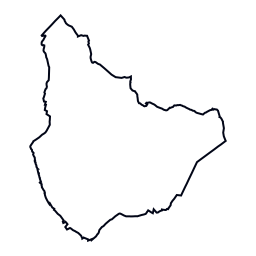 Naranjal, Veracruz, Mexico (Natural Earth projection)
{"feature_id": "50627088B92429931973873", "entity_name": "Naranjal", "entity_type": "district", "adm_level": 2, "iso_a3": "MEX", "parent_name": "Mexico", "parent_adm1": "Veracruz", "projection": "natural_earth1", "projection_center": [-96.958, 18.798], "detail": "fine", "context": "isolated", "style": "outline", "palette": "ink", "viewbox_px": 256, "rotation_deg": 0, "n_neighbors": 0, "source": "geoboundaries", "source_scale": "gbopen_adm2", "svg_char_len": 4698}
<svg xmlns="http://www.w3.org/2000/svg" viewBox="0 0 256 256"><path d="M218.0,110.7L216.8,109.5L215.5,109.4L214.6,109.1L213.5,109.6L212.6,108.6L212.4,108.7L212.3,108.8L212.1,109.3L212.1,109.5L212.0,109.8L210.0,110.2L207.6,111.5L207.3,111.6L206.2,112.4L205.1,112.7L203.5,114.0L203.0,114.5L202.5,114.4L201.7,114.2L200.6,113.9L199.2,113.5L198.5,113.3L197.3,113.0L196.8,112.8L195.6,112.2L195.3,111.9L194.6,111.1L194.2,110.9L192.8,110.7L191.8,110.1L191.5,109.9L190.0,109.6L189.1,109.0L188.6,108.8L186.7,107.9L185.6,107.3L184.6,106.6L183.7,106.4L182.6,106.0L182.3,105.7L180.7,105.2L180.1,104.9L178.8,105.1L178.1,105.2L177.6,105.1L177.0,105.2L176.3,105.5L174.3,105.4L173.2,106.6L172.9,107.0L171.7,107.3L170.0,108.0L169.7,107.8L167.3,110.1L166.1,110.4L163.7,109.7L162.6,109.0L162.0,108.6L160.5,108.1L157.1,106.8L155.3,105.3L154.4,104.6L151.2,103.1L150.5,102.6L149.4,102.4L147.6,102.8L146.5,102.7L145.9,103.5L147.2,104.4L146.3,105.9L144.8,106.2L144.4,106.3L143.8,106.0L143.1,105.4L141.6,104.7L140.2,103.4L139.0,103.2L138.0,101.2L137.9,100.7L137.6,97.8L137.4,96.8L137.3,95.8L137.3,94.8L136.6,93.5L135.5,92.2L135.2,91.4L132.5,90.5L130.6,88.3L130.4,86.8L130.2,84.5L130.3,82.5L130.5,82.4L130.3,81.3L130.7,80.2L131.0,79.2L130.9,77.8L130.9,76.5L129.1,77.4L126.8,77.7L126.3,77.7L124.6,77.0L121.9,77.8L121.6,77.9L116.0,77.2L115.7,77.2L111.5,74.6L108.6,72.0L104.4,68.3L99.9,64.5L98.3,64.0L97.2,63.3L97.1,63.2L96.0,62.4L95.6,62.1L95.2,62.0L94.8,61.9L94.3,61.9L93.7,62.4L93.1,62.8L92.7,62.7L92.4,62.7L91.8,62.0L91.4,60.9L91.0,59.6L90.6,58.1L90.6,56.7L91.2,54.1L90.2,49.4L89.7,47.8L88.1,44.7L88.9,43.5L88.4,41.7L88.5,41.2L89.0,40.7L87.6,37.2L87.1,35.8L84.6,35.6L83.6,35.9L81.1,35.2L77.9,36.5L77.9,35.6L76.5,33.8L75.5,32.4L73.8,29.4L71.8,26.7L68.9,25.5L67.6,24.7L66.0,23.3L65.4,22.1L64.6,20.7L64.4,19.6L60.6,15.4L58.5,17.6L55.2,20.9L51.9,24.5L50.0,26.5L46.3,30.3L44.2,32.6L42.3,34.8L41.7,35.4L42.1,36.0L43.7,35.7L45.0,35.5L45.5,36.0L44.9,37.1L44.2,38.2L43.5,39.7L42.5,40.9L41.7,42.2L41.6,43.5L41.7,44.6L42.3,45.2L42.5,45.3L43.5,45.1L44.3,45.4L44.3,46.6L44.0,48.0L43.7,48.8L43.5,50.6L43.7,51.2L44.3,52.2L45.2,53.1L45.5,53.6L45.8,54.7L46.1,56.1L46.2,57.2L47.1,59.1L48.6,66.0L49.2,67.2L48.9,77.4L48.7,80.2L48.0,81.0L47.0,82.1L46.5,83.6L46.6,85.1L46.9,86.7L46.4,88.4L45.5,89.2L44.7,91.5L44.4,92.5L45.0,93.6L44.5,95.1L43.8,97.4L43.3,98.4L44.0,101.5L45.0,101.6L45.8,101.8L44.9,104.8L45.9,104.9L45.3,107.1L45.1,108.1L44.8,110.0L47.0,111.2L46.5,114.1L47.6,114.8L50.0,116.4L50.0,116.6L49.8,120.1L49.6,121.9L49.7,122.5L49.8,124.8L46.7,130.6L45.4,132.5L43.8,133.7L42.1,134.7L39.3,137.3L36.4,139.3L33.3,141.3L33.1,142.0L31.3,144.6L30.3,146.2L30.3,147.1L30.6,147.6L31.1,149.0L31.9,149.7L32.2,151.6L32.8,152.0L33.6,153.0L33.1,154.5L34.0,156.5L34.7,157.4L34.9,159.5L34.9,159.8L35.1,160.5L34.7,160.8L34.9,161.9L35.5,162.2L35.7,163.0L35.5,163.5L35.7,164.1L36.4,165.3L36.3,165.7L36.5,167.0L36.8,167.2L37.2,168.1L37.3,168.5L37.8,168.9L37.4,169.0L38.2,172.6L38.8,173.0L38.9,173.5L38.5,173.8L38.8,174.9L39.1,175.3L39.1,175.7L39.4,176.9L39.5,177.5L40.0,178.1L39.8,178.7L41.0,181.9L40.1,182.2L39.8,182.6L41.2,183.8L41.7,184.2L41.7,184.6L41.5,185.1L41.6,185.7L41.9,186.2L41.9,187.4L42.5,188.2L43.4,189.8L43.8,190.4L44.3,190.9L44.6,191.9L44.9,192.9L44.5,193.2L44.8,194.0L45.0,195.2L45.8,197.7L47.1,200.3L48.8,203.3L49.5,204.3L49.9,203.4L52.3,207.5L54.3,208.8L53.9,209.8L54.9,210.5L57.7,213.8L60.3,215.8L63.7,220.5L62.8,221.5L63.3,223.0L65.1,222.2L65.4,221.8L66.1,222.4L67.5,224.2L65.3,227.0L67.0,229.5L70.0,228.0L71.1,228.6L72.9,230.1L75.2,231.2L75.9,231.7L78.3,233.0L81.0,235.6L81.4,236.3L81.7,237.1L82.2,237.9L82.3,238.6L83.6,237.8L83.7,237.6L88.1,239.4L88.1,240.1L88.1,240.6L91.6,239.2L91.2,239.9L91.4,240.3L96.0,236.4L97.5,234.1L97.8,234.0L98.7,232.7L99.4,230.0L101.9,227.0L103.5,226.1L105.6,223.8L107.8,221.9L110.3,219.8L111.9,219.3L115.4,216.2L117.0,215.1L118.8,213.8L119.9,213.5L121.2,214.0L124.0,215.5L126.0,216.3L132.0,216.4L136.2,216.2L137.3,216.3L141.6,215.0L143.8,214.5L145.7,213.9L146.8,212.4L147.2,211.7L147.7,211.1L148.0,210.8L148.2,210.4L148.6,210.7L148.9,210.8L151.5,212.5L152.1,212.8L152.8,213.2L153.7,209.3L156.6,212.6L157.9,212.5L158.7,211.9L159.3,211.5L160.4,210.9L162.0,210.4L162.0,209.5L163.5,209.8L165.6,210.0L166.2,209.8L166.9,209.0L167.9,209.1L167.9,208.7L168.5,208.5L168.8,207.8L170.6,205.3L170.9,203.2L172.5,200.8L174.2,198.8L176.8,195.0L181.1,195.5L182.1,193.3L185.1,187.0L186.8,183.6L189.0,178.9L191.8,173.1L194.0,168.4L197.0,162.1L201.3,158.9L203.9,157.0L208.9,153.3L214.1,149.5L218.2,146.4L220.8,144.6L225.7,140.9L225.3,140.0L223.8,136.2L223.2,132.6L223.9,128.2L223.4,125.4L222.9,122.6L223.0,121.8L221.3,118.5L220.3,117.3L219.5,117.1L219.6,116.1L218.0,110.7Z" fill="none" stroke="#020617" stroke-width="2"/></svg>